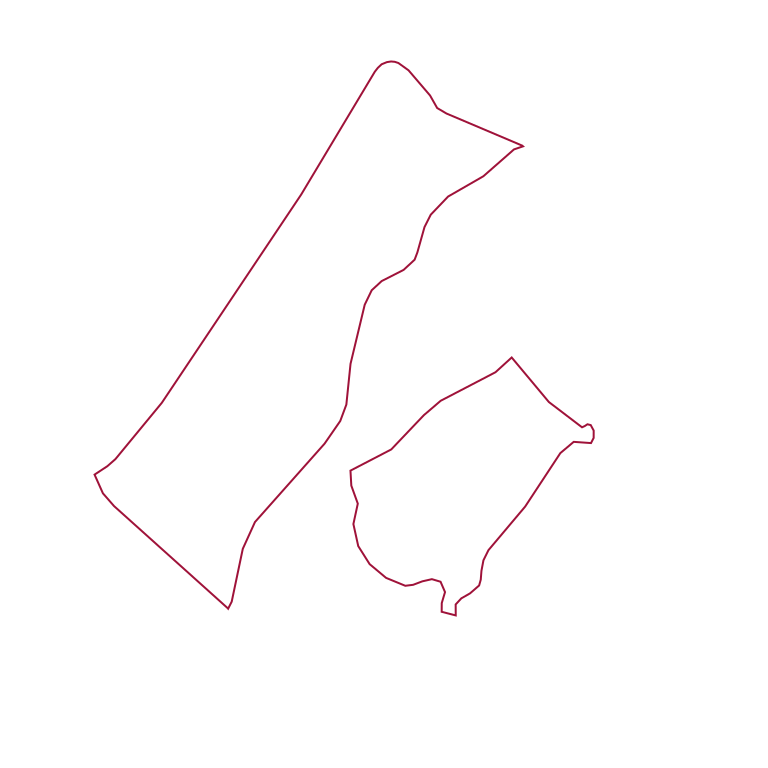 SVG path tracing the border of Pulau Pinang, rotated 218°
{"feature_id": "MYS-1139", "entity_name": "Pulau Pinang", "entity_type": "State", "adm_level": 1, "iso_a3": "MYS", "parent_name": "Malaysia", "parent_adm1": "", "projection": "natural_earth1", "projection_center": [100.346, 5.345], "detail": "fine", "context": "isolated", "style": "outline", "palette": "rose", "viewbox_px": 768, "rotation_deg": 218, "n_neighbors": 0, "source": "natural_earth", "source_scale": "10m", "svg_char_len": 1163}
<svg xmlns="http://www.w3.org/2000/svg" viewBox="0 0 768 768"><g transform="rotate(218 384 384)"><path d="M420.8,656.8L426.0,648.9L433.6,608.9L448.9,571.2L451.4,546.2L448.7,532.6L438.7,508.2L436.4,500.8L438.8,486.0L449.2,463.7L451.4,450.3L448.0,434.6L422.8,379.3L401.0,344.6L395.7,327.9L394.1,300.4L400.7,195.8L393.8,167.2L370.0,118.7L368.5,111.0L368.9,111.1L521.6,121.6L538.2,124.8L556.3,134.4L551.4,148.9L549.4,159.5L547.5,232.4L565.9,482.3L583.5,624.4L583.5,629.4L582.7,634.5L579.9,639.4L577.0,642.5L573.9,644.5L570.3,645.8L557.8,646.3L525.3,639.7L512.0,634.2L501.3,635.6L421.6,657.0L420.9,656.8L420.8,656.8ZM321.9,254.8L331.0,273.6L347.2,283.8L357.1,295.1L338.0,336.9L333.4,384.0L329.0,405.7L303.4,461.9L299.7,483.5L243.0,471.3L201.3,471.8L199.9,474.5L198.9,477.5L195.8,478.9L190.1,476.4L185.6,470.6L184.5,464.9L198.9,455.2L202.5,438.1L197.3,374.3L199.4,317.4L197.1,306.3L192.2,296.8L187.3,289.4L185.0,283.8L187.3,272.0L191.1,262.7L191.8,254.4L185.0,245.8L198.3,240.0L203.6,246.9L207.8,257.6L217.7,263.0L226.1,259.7L232.3,252.1L237.4,243.7L243.0,238.1L263.0,232.5L284.4,233.2L304.5,240.4L321.9,254.8Z" fill="none" stroke="#9f1239" stroke-width="2"/></g></svg>